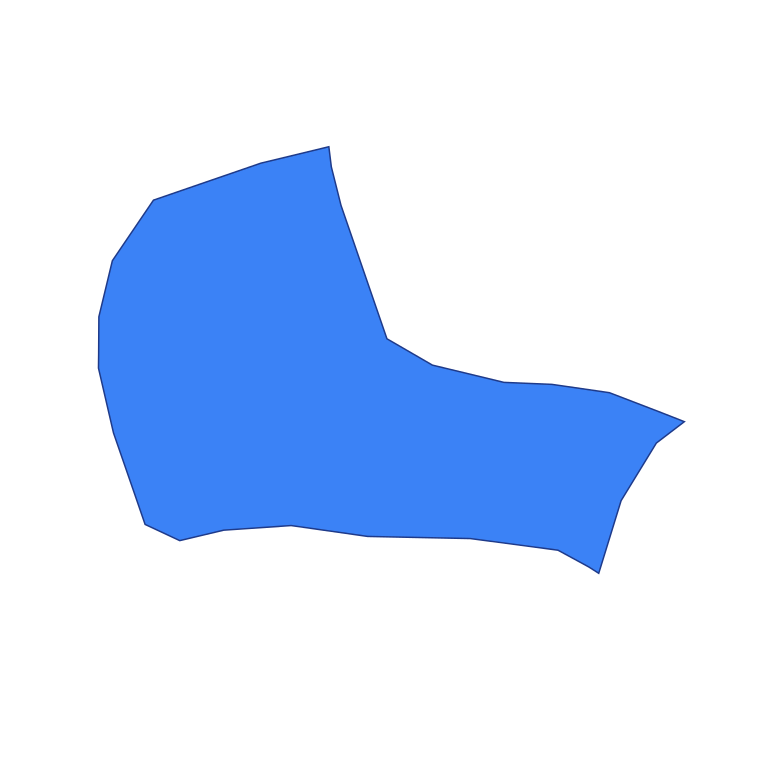 outline of Bristol, rotated 161°
{"feature_id": "GBR-2044", "entity_name": "Bristol", "entity_type": "Unitary Authority", "adm_level": 1, "iso_a3": "GBR", "parent_name": "United Kingdom", "parent_adm1": "", "projection": "natural_earth1", "projection_center": [-2.619, 51.456], "detail": "fine", "context": "isolated", "style": "filled", "palette": "blue", "viewbox_px": 768, "rotation_deg": 161, "n_neighbors": 0, "source": "natural_earth", "source_scale": "10m", "svg_char_len": 555}
<svg xmlns="http://www.w3.org/2000/svg" viewBox="0 0 768 768"><g transform="rotate(161 384 384)"><path d="M112.3,250.6L145.7,239.5L197.8,196.5L242.6,135.1L250.0,144.4L273.6,170.2L352.8,209.8L449.1,245.2L517.9,280.4L583.2,298.0L628.1,302.4L655.6,329.0L655.6,364.1L655.7,425.8L648.8,492.0L644.0,505.4L631.7,540.4L600.7,589.0L542.1,632.9L428.5,632.9L358.9,626.3L363.1,606.5L366.5,566.9L366.5,509.5L366.5,469.9L366.5,425.8L332.1,386.1L270.1,346.5L225.4,329.0L173.7,302.4L130.0,265.7L112.3,250.6Z" fill="#3b82f6" stroke="#1e3a8a" stroke-width="1.5"/></g></svg>